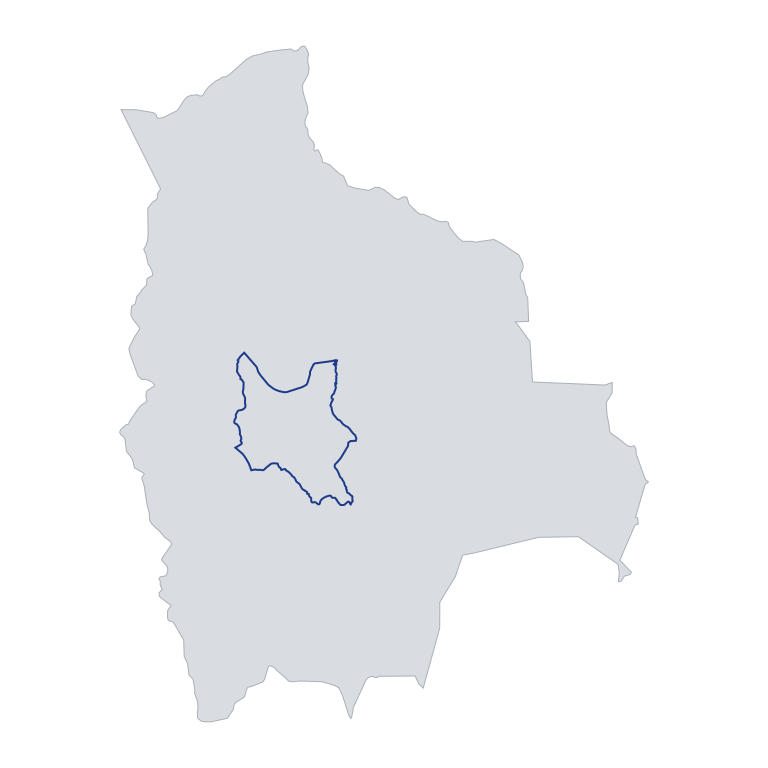 Bolivia, with Cochabamba highlighted
{"feature_id": "BOL-1291", "entity_name": "Cochabamba", "entity_type": "Department", "adm_level": 1, "iso_a3": "BOL", "parent_name": "Bolivia", "parent_adm1": "", "projection": "natural_earth1", "projection_center": [-65.4, -17.184], "detail": "fine", "context": "in_parent", "style": "outline", "palette": "blue", "viewbox_px": 768, "rotation_deg": 0, "n_neighbors": 0, "source": "natural_earth", "source_scale": "10m", "svg_char_len": 8436}
<svg xmlns="http://www.w3.org/2000/svg" viewBox="0 0 768 768"><path d="M126.4,451.2L125.1,439.4L123.3,436.5L120.6,434.5L119.7,432.2L120.6,429.7L125.9,424.8L128.7,424.0L129.4,421.5L139.0,407.5L141.9,404.7L145.3,402.7L146.8,401.1L146.0,396.0L146.2,392.5L147.3,390.4L153.8,386.3L154.4,385.5L154.2,384.2L151.3,381.6L145.5,379.3L141.7,379.5L138.0,375.8L130.3,354.7L129.0,349.7L129.1,347.8L134.2,337.4L139.8,329.0L139.1,327.1L132.8,318.9L130.9,315.0L131.5,306.4L135.2,303.9L136.9,296.2L138.5,295.0L141.9,289.8L146.6,285.0L146.9,279.2L148.3,277.7L152.3,275.8L152.7,274.4L151.8,270.5L149.8,266.4L148.2,264.4L146.0,254.4L143.7,249.4L146.2,244.9L147.7,239.9L148.1,234.0L147.8,208.3L152.6,201.9L155.1,200.6L157.4,198.4L157.2,194.4L160.6,188.9L121.1,109.6L136.5,109.8L153.2,112.6L156.0,114.3L156.6,117.1L158.5,118.3L163.1,117.6L176.8,110.8L178.7,108.6L183.4,101.1L187.2,96.9L190.7,95.4L197.6,94.8L199.8,96.0L202.6,95.8L205.0,91.5L208.7,86.8L216.0,80.8L219.7,79.2L222.0,77.1L225.9,76.8L229.4,74.7L246.1,59.6L252.9,55.8L260.7,54.1L266.6,52.0L281.5,49.9L291.1,49.0L294.2,51.1L297.6,50.5L300.6,47.2L303.0,46.1L304.8,46.2L307.3,50.2L308.6,54.4L307.8,57.6L307.9,62.3L309.1,68.4L308.4,73.8L303.0,83.9L302.5,86.9L302.9,90.9L304.5,97.5L307.5,106.6L308.0,113.3L305.9,117.7L304.9,121.5L305.1,124.7L305.8,126.9L307.1,128.2L307.9,130.7L308.0,134.5L309.8,138.2L313.1,141.8L314.5,145.2L313.8,148.4L314.0,150.4L315.0,151.2L317.1,149.7L318.2,150.0L320.5,154.5L322.1,159.1L322.5,162.0L329.6,164.8L339.2,173.7L343.5,176.1L347.6,185.8L354.8,188.0L368.7,190.4L375.3,187.3L379.6,187.7L384.2,189.8L394.6,198.1L398.9,199.5L401.9,197.4L404.7,196.6L406.9,197.5L409.1,204.5L417.0,212.1L420.1,214.3L423.5,214.2L438.1,221.2L442.0,221.8L445.9,221.3L448.4,222.6L449.4,226.8L455.9,235.2L459.0,238.5L462.7,241.4L472.1,241.3L474.9,242.2L493.9,239.5L501.0,243.2L518.8,254.9L522.5,262.5L523.2,266.6L522.2,270.8L520.6,272.4L520.1,275.1L520.7,279.1L523.5,282.7L526.0,294.9L527.7,297.3L528.6,321.4L515.1,321.9L517.4,324.2L529.9,341.5L532.5,382.0L603.9,385.0L605.7,384.9L611.0,382.7L612.3,382.7L612.0,393.3L606.7,401.5L606.3,404.1L607.0,414.8L608.8,423.6L609.7,431.4L611.7,433.9L617.9,438.0L627.2,445.7L630.9,446.7L634.1,445.7L635.9,448.8L636.2,453.9L644.4,477.0L645.9,480.1L648.3,481.7L647.8,482.9L645.8,483.4L644.9,485.0L635.4,517.6L637.7,517.8L638.2,524.3L635.4,524.8L634.5,526.2L619.8,560.2L631.4,572.3L630.2,574.4L624.4,576.2L621.2,581.1L618.3,581.8L619.3,573.3L618.5,565.9L617.6,564.0L578.4,536.7L538.6,537.3L473.2,553.2L462.6,555.2L455.5,576.2L439.8,602.2L439.7,628.1L423.2,688.1L419.2,684.3L416.2,678.6L415.4,676.0L415.0,676.0L379.1,676.3L377.3,677.5L374.7,677.5L372.9,676.4L371.0,676.5L368.4,677.6L366.1,679.8L353.5,707.1L351.7,717.0L350.9,718.6L348.8,715.2L342.4,695.2L338.9,687.9L334.8,685.6L322.2,681.7L299.5,681.0L292.3,681.8L288.6,681.2L284.7,677.1L276.2,669.9L274.4,667.6L271.2,666.1L269.2,665.9L268.0,667.4L264.8,678.8L263.0,681.9L251.2,686.6L248.0,687.2L246.3,689.9L245.6,693.7L244.2,697.1L236.0,702.3L234.2,704.5L233.3,709.5L227.3,718.3L210.7,721.9L205.2,721.8L201.5,721.3L197.8,718.4L197.3,713.6L198.0,708.5L197.6,701.4L194.6,693.2L194.8,690.6L194.4,686.6L192.9,679.0L189.1,675.2L187.5,663.4L184.2,656.5L183.7,640.1L173.3,622.1L169.0,620.8L168.0,619.7L167.5,617.0L167.7,610.3L171.1,605.6L159.8,596.9L159.1,594.7L159.1,592.8L162.2,589.3L160.2,584.9L160.3,581.0L159.0,579.3L159.2,578.0L160.4,576.9L165.9,575.7L167.6,571.7L167.7,568.3L166.8,566.0L161.7,560.0L161.6,559.0L171.7,544.2L171.4,543.1L170.4,541.6L164.8,537.3L158.8,530.4L154.5,526.8L151.3,523.3L149.7,520.4L149.2,512.4L147.0,504.4L144.1,485.2L141.7,478.1L144.1,474.3L143.9,473.3L134.4,467.8L132.4,459.0L126.4,451.2Z" fill="#d9dde1" stroke="#a8b0b8" stroke-width="1"/><path d="M235.4,447.7L241.0,444.3L241.5,443.9L241.8,443.4L241.7,442.7L241.5,442.2L241.1,441.8L240.8,441.2L240.6,440.7L241.4,438.8L240.8,436.0L240.5,435.6L240.1,434.9L239.9,434.4L239.9,433.7L240.0,432.1L239.4,428.4L239.1,427.6L238.8,426.9L238.3,426.0L237.6,425.2L237.1,424.4L235.1,423.5L234.4,422.8L234.2,421.8L234.4,420.8L234.7,419.7L234.9,419.3L235.7,418.1L235.9,417.6L235.9,417.1L235.8,416.1L235.8,415.0L236.1,414.1L237.0,412.4L237.8,411.0L238.9,410.4L241.5,410.0L242.5,409.6L243.7,408.9L244.7,408.0L245.3,407.0L245.4,406.1L245.4,405.3L245.0,402.9L245.0,402.3L245.1,398.4L244.7,396.9L243.4,394.3L242.9,392.9L242.8,391.6L243.4,389.0L243.6,382.7L243.3,381.9L242.4,380.6L242.0,379.9L241.8,379.7L240.5,379.2L240.4,378.8L240.5,378.0L240.4,376.9L239.9,376.0L238.6,374.5L238.0,373.1L237.2,372.0L237.0,371.6L237.0,371.1L237.4,367.3L237.4,366.0L237.2,364.8L237.2,364.2L237.3,363.7L237.7,363.0L238.0,362.5L238.3,362.0L238.3,361.2L238.3,360.8L238.1,360.6L237.9,360.5L237.7,360.4L237.6,360.2L239.0,358.5L240.5,356.3L244.2,352.7L256.4,366.7L256.9,367.7L257.6,369.9L258.1,371.4L258.3,372.0L260.8,375.7L268.0,384.4L268.9,385.3L273.2,388.5L275.4,389.7L278.8,391.0L283.4,392.1L285.6,392.2L287.0,392.0L302.2,387.1L306.4,384.8L307.0,383.9L307.6,382.5L310.0,374.2L310.0,372.6L310.1,371.8L311.5,368.5L313.6,364.4L314.9,363.4L331.6,361.1L335.9,360.1L336.5,360.4L337.0,360.5L336.7,361.6L336.2,361.7L335.0,361.7L336.0,362.8L336.2,363.3L336.2,364.2L335.6,363.8L335.0,363.6L334.4,363.7L333.8,364.2L334.5,364.8L335.2,365.7L335.7,366.6L335.9,367.7L336.0,368.3L335.8,368.7L335.7,368.9L335.6,369.3L335.6,371.0L335.8,372.1L336.6,373.4L336.8,374.2L336.6,375.0L336.3,375.9L336.1,376.8L336.5,377.9L336.2,378.9L336.2,379.8L336.3,380.7L336.2,381.7L335.2,383.2L335.2,383.8L336.2,383.8L335.4,385.3L335.3,385.8L335.4,386.2L335.8,386.8L335.9,387.3L335.8,388.1L334.5,391.7L334.4,391.8L334.1,393.3L333.7,393.8L332.7,394.6L332.3,395.1L331.9,395.8L331.6,396.7L331.5,397.5L331.7,398.3L332.0,398.6L332.4,398.8L332.8,399.0L332.9,399.5L332.8,399.9L331.2,402.8L331.0,404.0L330.5,404.9L330.4,405.6L330.6,406.1L331.3,406.9L331.5,407.4L331.6,407.9L331.7,408.9L332.7,413.0L333.3,414.2L337.4,419.2L338.4,419.9L339.4,420.2L339.8,420.5L340.3,420.8L343.0,424.1L343.7,424.7L346.2,426.4L347.4,426.8L347.8,427.1L349.2,428.4L352.9,433.2L354.9,435.0L355.2,435.4L355.4,435.8L355.8,437.1L356.2,437.9L356.3,438.8L356.1,439.8L355.8,440.8L355.1,440.8L354.3,440.9L353.8,440.8L353.4,440.8L352.5,441.0L352.0,441.1L351.2,441.0L350.8,441.0L350.3,441.2L348.6,442.5L348.3,442.8L348.1,443.4L348.1,443.9L348.2,445.1L348.1,445.6L347.9,446.1L341.0,457.7L340.1,458.9L336.5,463.0L335.5,463.9L334.9,464.7L334.6,466.1L334.8,467.1L335.1,467.7L337.0,470.0L337.6,471.0L339.0,474.1L339.9,476.6L340.5,477.4L340.9,477.8L341.4,478.2L341.7,478.6L342.1,479.1L342.7,480.4L343.6,481.7L344.2,483.0L344.7,485.1L345.4,486.4L345.9,486.9L346.2,487.1L346.3,487.4L346.3,488.0L346.2,488.4L346.1,488.7L346.1,489.0L346.7,489.8L346.8,490.1L346.8,490.9L346.8,491.2L346.9,491.7L347.2,492.3L347.4,492.7L347.7,492.9L347.8,492.9L348.6,493.2L349.1,493.5L349.7,494.1L350.4,494.9L350.8,495.3L351.8,495.8L352.0,496.0L352.3,496.3L352.4,496.6L352.4,497.0L352.3,499.0L352.4,499.5L352.4,499.9L352.7,500.7L352.7,501.0L352.5,501.4L351.4,502.9L350.7,504.4L350.2,504.0L350.0,503.6L349.6,502.3L349.4,502.0L348.4,501.6L347.5,502.0L344.5,504.7L344.0,504.9L343.3,505.0L341.1,505.0L340.5,504.9L340.1,504.6L339.4,503.6L339.0,503.2L338.2,502.4L337.8,502.0L337.2,500.5L337.1,500.2L336.6,500.0L336.2,499.5L335.7,498.4L334.9,497.8L332.8,497.8L331.9,497.5L331.6,497.1L331.1,496.2L330.8,495.8L330.0,495.6L329.0,495.7L325.9,496.7L323.5,498.0L321.9,499.2L320.9,500.3L320.5,500.9L320.2,501.6L319.9,503.1L319.6,503.8L319.1,504.3L318.5,504.4L317.9,504.1L315.9,502.6L315.2,502.2L314.4,502.1L312.7,502.5L311.9,502.3L311.4,501.6L311.2,500.5L311.2,499.1L311.1,497.9L310.6,497.4L310.1,497.2L309.7,496.7L309.2,496.1L309.0,495.6L308.7,493.9L308.2,493.8L307.7,493.9L307.3,493.9L307.2,493.4L307.1,492.9L307.0,492.4L306.9,491.9L306.7,491.8L306.3,491.6L304.8,490.7L304.4,490.2L304.2,490.0L303.9,489.9L303.3,489.8L303.0,489.7L301.7,488.1L299.8,484.4L298.3,483.0L297.5,482.5L296.8,481.9L296.1,481.2L295.6,479.7L295.1,478.8L294.1,477.3L292.5,476.3L291.8,475.6L291.4,474.7L288.7,472.0L286.1,470.4L285.3,469.1L284.4,469.1L281.5,469.9L281.1,469.8L280.8,468.5L280.5,468.0L280.1,467.7L279.6,467.5L279.1,467.0L278.5,465.9L277.9,464.6L277.7,463.6L276.8,463.6L276.4,463.5L275.8,463.4L274.4,463.3L272.6,463.4L271.4,463.7L270.9,463.9L267.4,466.7L266.4,467.5L263.9,469.8L263.4,470.1L263.0,470.2L262.5,470.2L260.3,469.8L257.7,469.9L256.0,469.7L255.7,469.6L255.3,469.5L254.3,469.6L251.3,470.3L248.9,463.7L245.6,458.0L243.3,454.7L242.5,453.8L235.4,447.7Z" fill="none" stroke="#1e3a8a" stroke-width="2"/></svg>